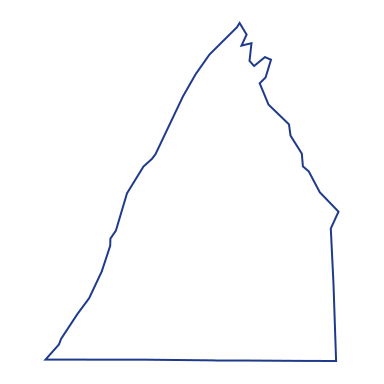 the district of Franklin, Pennsylvania, United States of America
{"feature_id": "52423323B56600660833819", "entity_name": "Franklin", "entity_type": "district", "adm_level": 2, "iso_a3": "USA", "parent_name": "United States of America", "parent_adm1": "Pennsylvania", "projection": "mercator", "projection_center": [-77.726, 40.005], "detail": "fine", "context": "isolated", "style": "outline", "palette": "blue", "viewbox_px": 384, "rotation_deg": 0, "n_neighbors": 0, "source": "geoboundaries", "source_scale": "gbopen_adm2", "svg_char_len": 764}
<svg xmlns="http://www.w3.org/2000/svg" viewBox="0 0 384 384"><path d="M225.4,38.7L209.5,54.5L195.7,74.1L183.0,96.3L155.5,154.2L152.0,158.8L143.5,166.5L127.0,193.3L115.9,230.6L110.4,238.6L110.2,245.8L101.8,271.3L89.2,298.1L77.5,313.9L61.1,338.8L59.0,344.4L45.5,359.6L56.0,359.6L56.9,359.6L147.3,359.7L185.8,360.1L186.1,360.1L195.6,360.2L207.1,360.3L211.9,360.3L215.8,360.5L238.3,360.5L239.3,360.5L240.6,360.5L301.8,360.9L302.4,360.9L331.6,361.0L336.1,361.0L333.5,284.3L330.8,228.5L338.5,211.7L319.8,192.3L308.7,171.3L302.9,166.4L301.8,153.6L290.5,135.6L289.0,124.4L268.5,104.6L259.7,83.3L265.6,77.4L271.0,59.7L264.9,57.1L254.1,66.0L249.5,60.9L251.5,43.2L241.5,45.6L246.6,34.6L239.6,23.0L236.8,27.4L225.4,38.7Z" fill="none" stroke="#1e3a8a" stroke-width="2"/></svg>